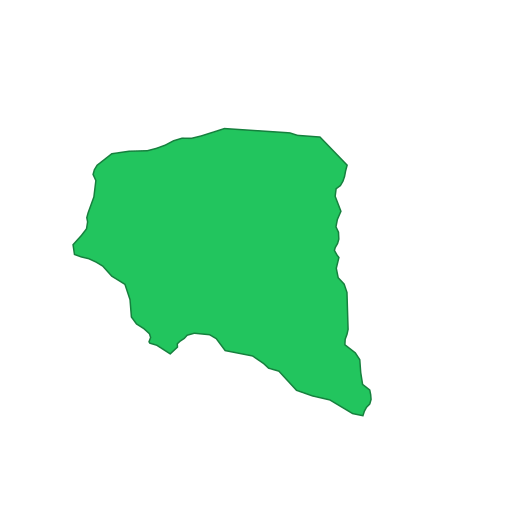 map outline of Yozgat (orthographic projection), rotated 217°
{"feature_id": "TUR-3026", "entity_name": "Yozgat", "entity_type": "Province", "adm_level": 1, "iso_a3": "TUR", "parent_name": "Turkey", "parent_adm1": "", "projection": "orthographic", "projection_center": [35.159, 39.624], "detail": "fine", "context": "isolated", "style": "filled", "palette": "green", "viewbox_px": 512, "rotation_deg": 217, "n_neighbors": 0, "source": "natural_earth", "source_scale": "10m", "svg_char_len": 1302}
<svg xmlns="http://www.w3.org/2000/svg" viewBox="0 0 512 512"><g transform="rotate(217 256 256)"><path d="M318.8,132.3L330.3,145.3L343.6,154.5L359.1,153.1L372.3,155.7L380.1,154.9L388.0,153.2L395.0,150.1L401.9,148.0L408.9,154.9L407.8,167.2L407.7,175.7L411.0,181.9L414.2,184.8L416.1,189.6L421.0,205.6L429.3,219.9L435.2,223.1L437.0,227.7L437.5,232.9L432.7,250.9L420.5,263.2L406.1,274.7L400.4,281.9L395.2,289.9L391.2,298.4L386.0,305.5L378.3,311.2L372.0,318.9L357.9,338.8L303.0,374.7L295.5,377.3L276.5,389.5L237.9,383.4L235.7,378.0L233.1,372.7L231.6,368.1L231.0,363.1L232.5,357.9L228.7,351.3L215.1,342.8L213.0,334.1L209.7,327.4L204.4,324.6L200.0,319.3L198.4,315.1L197.8,310.4L196.7,307.6L191.6,305.4L188.9,304.7L184.5,294.5L177.3,288.1L168.7,286.6L161.4,281.6L138.3,252.8L136.2,248.2L134.7,243.2L131.6,238.6L118.4,238.4L110.7,235.6L102.2,225.9L93.6,217.6L84.5,217.4L81.0,214.3L77.8,210.7L76.1,206.3L76.7,201.7L76.0,197.1L74.5,192.8L84.0,188.3L110.4,185.5L126.5,178.3L142.8,173.1L168.4,177.8L178.4,174.0L185.1,174.7L198.6,174.1L223.7,161.9L238.0,166.1L245.7,165.2L258.8,157.2L263.3,151.3L263.7,147.0L265.4,142.2L266.0,138.5L263.9,136.0L265.6,126.2L281.6,125.0L288.3,122.5L289.8,123.1L291.1,127.5L294.3,129.8L301.8,130.5L310.5,129.8L318.8,132.3Z" fill="#22c55e" stroke="#15803d" stroke-width="1.5"/></g></svg>